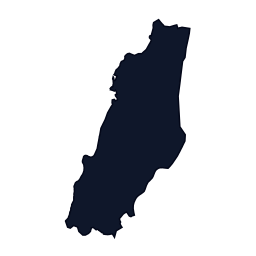 outline of Daugmales pag., Kekavas, Latvia, rotated 93°
{"feature_id": "27541924B86442944632001", "entity_name": "Daugmales pag.", "entity_type": "district", "adm_level": 2, "iso_a3": "LVA", "parent_name": "Latvia", "parent_adm1": "Kekavas", "projection": "robinson", "projection_center": [24.43, 56.799], "detail": "fine", "context": "isolated", "style": "filled", "palette": "ink", "viewbox_px": 256, "rotation_deg": 93, "n_neighbors": 0, "source": "geoboundaries", "source_scale": "gbopen_adm2", "svg_char_len": 5403}
<svg xmlns="http://www.w3.org/2000/svg" viewBox="0 0 256 256"><g transform="rotate(93 128 128)"><path d="M131.7,70.5L124.0,76.3L93.6,79.6L81.3,78.6L71.0,77.9L58.5,77.0L54.6,74.8L45.2,74.2L36.3,72.7L30.4,71.8L25.4,71.5L24.6,79.4L24.7,79.5L24.9,80.3L25.0,80.6L25.1,80.8L25.1,81.1L25.2,81.4L25.2,81.6L25.3,81.8L25.6,82.7L25.7,82.9L25.9,83.2L25.9,83.3L26.0,83.5L24.9,83.8L24.1,84.1L23.3,84.4L22.5,84.7L22.9,86.1L23.7,88.4L24.0,89.2L24.7,91.2L24.9,91.5L24.7,93.4L24.6,95.5L24.5,97.2L23.5,98.0L22.8,98.7L22.1,99.6L21.7,99.9L20.5,101.1L19.8,101.7L18.2,103.1L19.1,104.5L21.4,107.9L23.7,108.3L24.1,108.3L26.5,108.0L26.9,108.0L29.4,108.5L29.8,108.6L31.3,108.9L32.0,109.1L34.0,109.5L34.6,109.5L34.6,110.1L34.7,110.6L34.7,110.8L34.9,110.9L35.0,111.0L35.3,111.2L35.5,111.3L36.1,111.3L36.5,111.3L36.9,111.2L37.4,110.6L37.5,110.6L38.3,109.7L38.6,109.5L38.9,109.5L39.3,109.4L39.8,109.5L42.0,110.5L43.1,111.1L45.0,112.0L48.5,113.7L49.6,114.7L51.3,116.5L52.4,117.5L53.1,118.2L53.1,118.3L53.1,118.7L53.1,118.9L53.1,119.2L53.1,119.5L53.1,119.8L53.2,120.4L53.2,120.6L53.2,120.9L53.2,121.1L53.2,121.3L53.4,121.8L53.6,122.1L53.7,122.4L53.9,122.7L54.1,123.1L54.4,123.6L54.6,124.1L54.9,124.5L55.2,125.1L55.1,125.5L54.7,127.0L54.3,128.1L53.9,129.3L53.7,129.7L53.4,130.4L53.6,131.2L53.7,131.8L53.8,132.1L54.3,132.8L54.5,133.1L54.7,133.3L55.0,133.5L55.3,133.7L55.4,133.9L55.5,134.1L55.6,134.3L55.8,134.4L56.9,134.9L58.4,134.6L60.7,135.5L62.0,138.1L62.4,138.3L63.4,138.7L63.9,138.9L64.1,139.0L65.3,139.2L66.1,139.3L66.4,139.4L66.7,139.5L67.5,140.1L69.2,141.3L69.5,141.5L69.8,142.0L70.2,142.6L70.3,142.7L72.0,143.4L72.6,143.6L74.5,144.1L75.1,144.5L75.4,144.8L75.6,144.7L75.8,144.1L76.7,141.7L81.1,143.2L81.4,143.5L81.5,143.7L80.9,144.6L80.2,144.7L79.7,144.7L79.3,144.8L79.0,144.9L78.8,144.9L77.7,145.4L77.6,145.5L79.8,145.9L80.2,145.6L80.3,145.6L80.5,145.5L80.9,145.4L81.2,145.3L81.4,145.3L81.7,145.2L82.1,145.2L82.3,145.2L83.0,145.1L84.4,144.9L84.5,144.9L85.3,145.1L86.0,145.2L87.2,145.3L87.4,145.6L87.5,145.6L87.4,145.7L87.7,146.2L87.7,146.3L88.7,147.3L89.7,147.9L90.0,147.7L90.5,147.2L90.7,147.3L90.7,147.0L90.8,147.0L91.3,145.0L91.6,144.2L91.8,143.6L91.8,143.4L91.7,143.3L91.4,143.0L90.9,142.6L92.4,141.5L94.9,140.9L94.8,141.5L95.5,142.4L96.6,142.1L98.5,140.5L99.9,139.9L100.7,140.3L101.0,141.1L101.7,142.2L100.2,143.0L100.3,143.8L100.8,145.2L103.9,145.2L104.9,144.5L105.1,144.6L106.0,145.0L106.4,145.2L107.3,145.8L113.9,149.1L118.2,150.4L120.8,151.2L123.6,152.4L123.9,152.5L124.5,152.7L124.5,152.8L129.7,155.0L129.8,155.0L131.6,155.2L136.5,155.8L137.8,156.1L138.3,156.2L138.9,156.2L141.4,156.5L141.5,156.5L145.7,157.1L149.9,157.6L150.5,157.7L150.7,157.8L155.7,159.7L157.7,160.6L157.8,160.7L157.8,160.9L157.9,161.0L158.0,161.2L158.1,161.3L158.3,161.5L158.5,161.7L158.7,162.0L158.8,162.4L158.9,162.8L159.2,163.4L159.2,163.6L159.2,163.8L159.2,164.0L158.9,164.5L158.8,164.8L158.9,165.4L158.8,165.5L158.7,165.8L158.5,166.2L158.0,166.9L157.8,167.5L157.7,168.1L157.6,168.6L157.7,169.3L157.8,169.6L158.0,170.0L158.3,170.3L158.8,170.7L158.9,170.8L159.1,170.8L160.2,171.0L160.9,171.2L161.8,171.4L162.6,171.6L163.1,171.7L164.0,171.7L164.5,171.6L164.8,171.5L166.7,170.3L167.1,170.2L167.3,170.1L168.0,170.0L168.8,169.9L169.6,169.7L169.9,169.7L170.5,169.6L171.0,169.7L172.3,169.7L172.9,169.7L175.5,170.4L176.2,170.7L177.1,171.1L178.0,171.7L179.3,172.4L179.9,172.6L181.1,173.2L181.6,173.4L181.8,173.5L182.4,174.0L183.2,174.5L183.6,174.9L184.0,175.9L184.6,176.7L185.2,177.3L185.7,177.7L186.0,177.8L187.4,178.2L188.2,178.5L188.6,178.7L189.0,178.8L189.5,178.8L190.0,178.7L190.8,178.4L191.3,178.4L192.2,178.4L193.8,178.2L194.4,178.2L196.5,178.5L197.0,178.5L198.3,178.3L198.6,178.3L199.3,178.5L199.7,178.5L202.1,178.4L202.5,178.3L203.2,178.4L203.9,178.6L204.4,178.8L204.8,179.1L205.6,179.4L206.0,179.6L206.4,179.7L206.6,179.7L206.8,179.9L207.1,180.1L207.6,180.2L208.8,180.2L209.3,180.3L209.6,180.4L210.6,180.7L210.7,180.8L211.0,180.9L212.1,180.8L213.1,180.9L213.6,181.0L213.9,181.1L214.7,181.5L215.1,181.6L215.7,181.7L217.7,181.9L219.6,182.6L220.3,182.8L221.2,183.0L221.4,183.1L221.9,183.7L222.7,184.2L223.3,184.9L223.9,185.4L224.2,185.5L230.2,183.1L231.0,180.4L228.2,177.2L229.5,173.2L233.9,171.6L237.3,167.5L237.1,164.9L235.3,161.9L234.8,161.5L233.2,160.1L232.6,160.1L229.5,159.3L229.1,157.5L231.3,154.5L230.8,153.4L230.9,152.5L231.7,151.9L231.9,151.2L232.3,150.8L232.5,150.4L233.3,149.3L233.8,148.6L233.6,148.0L234.0,147.5L235.2,146.9L235.4,145.2L235.4,144.3L235.5,142.9L235.4,142.2L235.2,140.9L234.8,139.5L234.6,138.0L237.5,136.0L237.8,135.8L231.3,134.4L231.1,134.2L227.5,128.8L226.3,129.7L224.1,131.0L222.3,130.5L221.1,131.2L219.3,131.8L218.8,131.8L217.9,131.0L214.3,128.4L213.2,127.1L212.7,126.4L212.6,126.1L211.9,125.1L212.0,124.9L214.1,123.3L214.3,123.2L214.5,123.0L215.8,122.1L216.3,120.8L216.3,120.4L216.2,120.1L215.7,119.7L215.6,119.4L214.9,117.6L214.7,117.1L211.9,117.9L208.0,118.7L204.8,118.7L202.1,118.2L199.0,117.0L197.4,116.2L195.8,115.0L194.1,113.1L192.9,111.4L191.3,109.5L190.4,108.6L188.3,107.8L184.4,106.7L181.9,105.6L180.9,105.1L179.5,103.7L178.2,102.6L176.7,101.3L175.1,100.5L173.2,99.9L171.4,99.3L170.1,98.8L169.0,98.2L168.2,97.6L167.5,96.8L166.5,95.4L166.0,93.9L165.9,92.5L165.8,91.4L165.9,90.1L166.0,88.5L166.1,85.9L164.0,84.1L161.2,82.0L155.9,78.8L153.2,77.2L151.2,76.3L148.7,75.1L146.1,74.0L144.2,73.1L141.0,71.8L138.7,70.8L138.0,70.5L135.2,70.5L131.7,70.5Z" fill="#0f172a" stroke="#020617" stroke-width="1.5"/></g></svg>